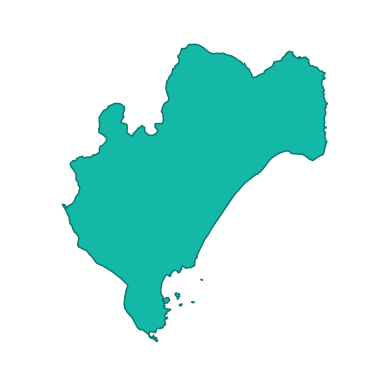 the district of Pasaman Barat, Sumatera Barat, Indonesia, rotated 278°
{"feature_id": "22746128B95220206981522", "entity_name": "Pasaman Barat", "entity_type": "district", "adm_level": 2, "iso_a3": "IDN", "parent_name": "Indonesia", "parent_adm1": "Sumatera Barat", "projection": "albers", "projection_center": [99.54, 0.188], "detail": "fine", "context": "isolated", "style": "filled", "palette": "teal", "viewbox_px": 384, "rotation_deg": 278, "n_neighbors": 0, "source": "geoboundaries", "source_scale": "gbopen_adm2", "svg_char_len": 5956}
<svg xmlns="http://www.w3.org/2000/svg" viewBox="0 0 384 384"><g transform="rotate(278 192 192)"><path d="M341.4,286.1L340.8,284.9L341.1,284.4L340.0,282.1L339.8,280.8L340.9,280.3L340.7,279.3L339.8,278.2L339.1,279.1L338.8,277.4L339.8,276.2L340.1,275.1L340.8,274.9L340.4,273.8L340.5,273.4L341.0,273.3L341.4,273.8L343.2,271.9L344.5,272.3L344.3,270.7L344.9,269.3L344.7,268.5L343.9,267.4L342.6,266.9L342.1,265.8L340.7,265.7L336.9,262.6L335.7,262.7L335.2,262.4L333.4,259.7L333.4,258.0L331.8,254.9L329.2,254.7L327.5,253.7L322.5,247.6L321.3,246.9L319.7,246.8L318.0,243.5L316.7,242.0L316.5,241.1L314.8,239.6L313.9,236.6L314.1,235.6L316.6,234.8L319.4,232.6L321.7,231.3L321.8,230.5L323.5,228.1L326.2,226.3L325.7,226.2L326.1,224.0L326.7,223.7L326.9,222.8L327.5,222.8L328.1,221.7L329.0,218.6L330.4,217.0L331.9,213.2L332.3,211.8L332.7,207.0L333.7,204.4L333.8,203.2L332.8,200.6L333.1,198.3L332.3,195.9L331.8,192.1L332.9,189.1L336.8,182.7L338.3,178.7L338.8,175.3L337.5,168.1L336.4,167.9L335.7,167.1L334.3,166.3L333.4,166.2L333.2,164.4L332.4,162.8L332.6,161.8L327.5,161.0L325.4,159.9L324.7,159.0L323.8,159.2L321.7,160.9L317.0,160.8L316.9,159.6L315.4,159.2L315.3,158.4L314.0,158.1L314.1,157.6L312.6,157.7L311.2,155.9L305.0,155.3L304.8,154.4L303.4,154.0L303.1,153.5L300.1,152.9L298.1,151.7L291.2,151.7L286.6,153.4L286.2,154.1L284.1,154.7L281.9,156.0L280.6,156.0L279.4,155.9L277.8,155.1L277.1,153.8L275.3,152.1L270.3,150.7L268.9,150.9L267.3,150.4L266.3,151.7L262.4,153.2L257.0,153.7L255.5,152.5L254.8,146.6L254.3,146.0L252.4,146.0L250.9,146.8L248.5,149.4L247.7,149.7L245.3,148.5L243.0,146.1L242.3,143.5L242.4,141.3L244.9,137.1L249.3,136.0L250.1,134.8L250.7,132.8L248.3,131.3L248.1,130.1L247.7,129.7L245.5,128.7L241.4,125.7L240.2,125.4L239.1,124.6L239.1,123.4L240.5,122.0L241.4,119.3L248.2,118.8L249.8,117.9L250.5,115.5L250.5,112.8L250.7,112.1L251.1,111.9L253.4,112.3L256.9,114.1L258.6,112.9L259.7,112.7L264.0,113.7L266.2,113.4L267.5,112.5L269.3,108.7L269.4,105.7L268.9,103.1L266.1,98.8L265.7,97.4L264.6,97.2L261.7,95.8L260.9,93.6L260.1,93.0L253.3,89.8L249.7,90.2L244.0,91.5L241.8,90.9L240.1,91.4L238.7,91.4L237.5,92.4L237.2,94.1L236.2,96.1L234.2,99.2L233.3,99.9L231.7,100.2L231.0,100.2L228.8,99.1L225.6,96.7L225.0,95.4L223.8,94.5L221.3,94.3L219.3,94.7L218.0,94.4L215.4,91.5L215.0,89.1L212.3,86.8L212.0,83.1L210.7,81.2L210.7,80.5L212.1,78.6L210.5,75.1L208.6,72.8L207.0,72.9L206.5,72.6L206.7,70.3L206.4,69.7L203.8,67.8L202.6,67.4L200.6,68.7L199.8,68.8L198.5,70.6L196.8,72.0L196.0,73.2L192.2,75.0L188.5,75.3L187.1,76.1L186.0,78.1L183.5,78.2L182.6,78.6L181.1,80.1L179.9,80.4L178.2,80.0L175.2,80.0L170.9,77.6L167.0,76.8L165.2,76.1L162.3,73.5L161.1,71.4L159.2,70.6L159.3,70.0L161.5,67.8L161.8,66.3L161.7,65.7L161.3,65.6L155.9,70.0L151.6,72.5L151.0,73.4L147.8,74.5L146.7,74.4L145.7,75.3L143.8,75.5L141.7,78.0L140.0,78.5L135.8,81.4L135.7,82.3L133.9,83.7L132.9,85.2L130.0,86.5L124.3,86.0L122.5,86.8L121.5,88.1L121.4,89.4L119.7,93.6L119.6,95.1L119.2,95.8L115.9,99.2L114.6,101.3L108.2,107.5L106.3,114.3L102.5,123.1L97.0,133.0L91.2,141.1L90.3,141.5L84.3,140.3L73.2,140.2L71.2,140.5L67.4,141.8L63.3,145.2L59.1,150.3L50.4,156.7L48.5,159.3L48.6,163.0L47.9,163.6L44.9,169.0L42.9,169.8L42.1,170.9L41.6,171.8L41.7,173.6L39.1,178.0L39.8,178.7L41.9,177.0L42.8,177.0L42.7,175.5L43.6,174.3L44.5,173.9L42.6,172.9L42.9,171.2L44.0,169.8L46.1,169.1L46.9,169.2L47.6,169.6L48.1,171.8L47.7,175.5L51.7,176.2L52.3,177.3L52.2,179.0L52.9,179.8L52.7,180.4L53.8,182.3L54.7,181.8L55.8,182.4L56.3,183.0L56.2,183.5L57.8,184.2L59.1,183.2L59.7,183.4L61.8,182.5L63.3,185.1L63.8,184.3L64.4,184.7L64.2,183.2L64.7,182.2L65.6,182.0L67.5,182.9L67.7,183.7L68.2,183.1L69.4,184.1L70.5,184.0L70.9,185.8L71.8,186.3L72.1,186.9L72.7,187.1L72.7,182.6L73.3,181.6L73.2,180.8L73.9,180.0L74.3,179.9L75.3,181.1L76.0,180.3L77.0,179.9L77.7,180.1L78.0,179.4L78.8,179.6L79.7,179.3L80.1,178.0L84.2,177.8L86.6,175.6L90.2,174.7L98.0,174.8L103.7,176.7L105.9,177.7L106.6,178.6L106.4,180.1L105.5,180.9L105.6,182.3L106.7,182.5L107.3,181.9L107.8,182.6L110.2,183.7L112.1,185.3L111.8,188.9L110.8,188.8L110.1,189.4L110.8,191.0L112.7,191.3L112.8,191.7L114.0,192.5L114.9,191.7L115.9,192.5L116.6,192.6L116.9,192.3L117.3,192.5L117.3,193.8L116.3,195.2L115.6,197.2L116.3,197.8L117.1,201.7L118.1,202.6L119.3,204.8L121.8,204.8L124.3,204.2L125.2,204.7L126.4,204.8L127.1,205.8L128.0,206.2L129.7,205.9L131.5,206.2L146.9,211.2L152.6,214.2L157.8,216.1L195.2,234.4L207.9,242.8L218.1,252.6L218.8,254.5L220.9,255.6L221.0,256.5L226.7,260.2L234.4,264.4L238.0,267.4L241.1,271.1L243.3,274.3L245.6,279.2L246.1,281.5L245.9,282.5L244.7,283.9L244.0,286.2L244.6,296.0L243.9,298.7L240.9,303.7L239.9,307.3L243.6,311.1L247.6,316.6L249.7,317.1L253.7,317.3L260.3,318.4L261.1,318.3L262.1,317.0L263.9,316.7L265.5,315.7L269.6,315.9L270.2,314.8L271.9,313.8L273.4,314.0L274.0,315.6L274.4,315.7L275.1,315.4L275.5,313.9L276.5,313.4L279.2,313.8L281.2,313.0L284.0,312.6L288.2,313.5L289.4,313.3L292.7,311.8L294.1,313.0L294.5,313.1L295.6,312.2L296.3,312.2L297.3,313.3L298.5,313.7L299.9,311.4L304.4,309.4L304.9,308.8L307.3,309.5L308.0,307.8L308.7,307.6L310.2,308.9L311.1,308.8L312.7,307.6L314.6,307.0L315.6,305.8L317.5,305.3L321.5,305.4L322.3,307.3L323.0,307.9L324.0,307.6L323.8,306.3L324.4,305.5L325.4,305.7L326.3,306.7L328.5,307.1L328.6,305.3L329.8,304.0L329.7,301.8L331.0,299.9L332.8,298.5L333.2,294.8L333.8,293.2L333.5,291.1L334.9,290.6L336.0,289.7L339.2,289.1L340.7,286.3L341.4,286.1ZM82.2,178.5L80.5,178.2L79.9,179.4L78.7,179.9L78.1,181.1L79.0,182.5L78.7,183.1L80.3,183.6L80.8,184.4L82.4,184.7L83.2,183.7L83.9,183.5L83.9,182.1L82.2,178.5ZM89.1,189.5L88.3,189.6L87.1,190.4L86.0,192.4L86.3,193.0L86.1,193.5L86.7,194.2L88.7,193.9L89.4,193.2L89.7,190.3L89.1,189.5ZM78.8,195.4L77.9,195.4L77.7,196.5L78.1,197.2L79.5,197.7L79.5,196.5L78.8,195.4ZM83.2,209.3L83.4,207.4L83.0,207.1L82.5,207.8L82.6,208.7L83.2,209.3ZM85.2,192.1L84.1,192.4L84.1,193.1L84.7,193.1L85.2,192.1ZM106.3,214.4L106.9,213.7L106.6,213.2L105.9,213.8L106.3,214.4Z" fill="#14b8a6" stroke="#0f766e" stroke-width="1.5"/></g></svg>